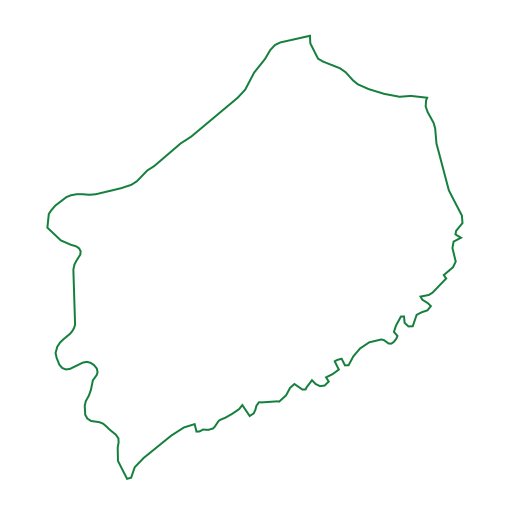 map outline of Botosani (Mercator projection), rotated 88°
{"feature_id": "ROU-287", "entity_name": "Botosani", "entity_type": "County", "adm_level": 1, "iso_a3": "ROU", "parent_name": "Romania", "parent_adm1": "", "projection": "mercator", "projection_center": [26.907, 47.851], "detail": "fine", "context": "isolated", "style": "outline", "palette": "green", "viewbox_px": 512, "rotation_deg": 88, "n_neighbors": 0, "source": "natural_earth", "source_scale": "10m", "svg_char_len": 2300}
<svg xmlns="http://www.w3.org/2000/svg" viewBox="0 0 512 512"><g transform="rotate(88 256 256)"><path d="M230.3,48.5L237.8,55.1L241.4,55.9L244.9,50.5L248.5,58.0L254.9,59.4L268.5,56.6L274.1,59.5L281.6,69.0L285.1,66.7L298.9,81.0L301.0,84.7L302.3,93.0L305.5,91.3L309.2,85.8L312.2,83.0L316.3,86.6L318.0,92.3L320.4,97.5L331.7,101.8L331.7,106.1L328.0,109.8L321.6,110.2L321.6,113.3L330.6,118.6L336.7,120.8L340.8,117.4L343.6,118.7L346.6,121.2L348.3,123.7L348.3,124.1L348.1,126.5L344.6,131.0L343.8,133.7L346.2,145.8L352.0,155.2L359.8,162.3L368.4,167.3L368.4,170.9L361.7,174.0L362.1,176.0L362.6,177.9L363.2,179.6L364.0,181.0L372.4,177.2L376.7,183.5L379.7,190.2L384.1,187.7L387.9,192.0L388.3,196.6L386.0,200.9L382.1,204.4L389.0,210.0L391.1,211.1L391.1,212.1L391.1,214.2L385.3,222.1L388.9,226.5L396.3,230.8L402.3,237.9L402.0,240.1L402.5,255.2L402.3,258.2L405.7,260.8L409.7,262.0L413.2,263.8L415.7,267.9L404.5,274.9L408.4,278.2L412.9,285.3L416.7,292.6L418.2,296.8L419.4,299.0L425.3,303.3L426.9,305.0L427.1,305.8L428.1,309.8L427.6,315.0L429.4,318.6L429.4,321.6L421.9,323.2L424.8,333.9L432.4,346.8L453.8,375.2L462.9,384.6L473.2,388.5L473.5,389.9L474.2,392.6L456.0,401.1L442.7,400.9L437.4,399.8L433.4,399.9L429.7,402.3L424.1,408.7L421.0,411.6L418.2,414.7L416.6,418.4L415.1,426.7L412.6,430.2L408.7,432.2L399.8,432.4L395.2,431.2L389.7,427.9L383.8,425.6L374.6,423.4L369.3,419.3L366.7,418.4L362.9,419.0L359.3,421.8L357.0,425.0L355.9,428.7L356.5,432.8L362.4,446.0L362.7,450.1L361.2,453.5L357.8,456.3L350.9,458.8L345.9,459.7L339.6,457.7L335.6,454.8L332.2,451.0L327.3,444.6L324.6,442.2L321.7,440.4L318.4,439.2L263.3,439.0L258.3,437.8L254.7,435.8L248.4,431.5L245.2,431.1L242.2,432.5L240.0,435.5L238.3,440.7L233.6,450.5L220.4,463.5L206.8,461.6L203.3,459.1L198.6,454.8L190.5,443.4L188.8,438.6L188.0,433.1L188.2,427.4L189.0,420.3L188.7,414.1L183.6,388.7L180.5,378.1L177.1,372.4L166.6,361.5L162.5,354.5L140.8,327.3L134.5,316.7L97.2,268.8L89.4,261.0L72.7,251.5L59.4,240.1L50.7,234.6L45.8,229.7L43.4,224.2L37.8,194.4L45.4,194.3L61.0,187.1L64.1,182.1L71.4,165.4L75.4,160.1L84.0,152.8L88.0,148.2L93.1,137.7L98.4,122.4L101.9,106.9L101.4,95.7L103.8,79.4L106.5,80.6L112.6,81.2L118.2,79.4L129.1,73.9L134.7,72.5L150.2,71.7L155.6,70.4L197.0,61.0L207.1,56.3L222.8,48.8L230.3,48.5Z" fill="none" stroke="#15803d" stroke-width="2"/></g></svg>